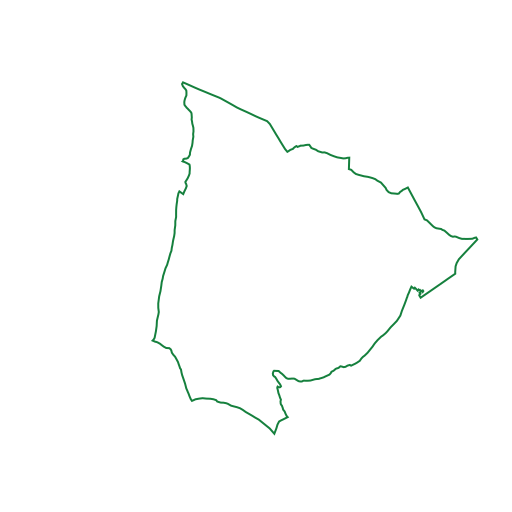 outline of Tlaquilpa, Veracruz, Mexico, rotated 219°
{"feature_id": "50627088B52599257884021", "entity_name": "Tlaquilpa", "entity_type": "district", "adm_level": 2, "iso_a3": "MEX", "parent_name": "Mexico", "parent_adm1": "Veracruz", "projection": "mercator", "projection_center": [-97.107, 18.613], "detail": "fine", "context": "isolated", "style": "outline", "palette": "green", "viewbox_px": 512, "rotation_deg": 219, "n_neighbors": 0, "source": "geoboundaries", "source_scale": "gbopen_adm2", "svg_char_len": 5587}
<svg xmlns="http://www.w3.org/2000/svg" viewBox="0 0 512 512"><g transform="rotate(219 256 256)"><path d="M94.4,408.1L96.6,408.9L97.5,407.8L98.7,405.6L100.8,403.7L103.2,401.7L106.8,398.9L109.4,397.8L112.6,396.9L113.9,396.2L115.1,394.9L117.0,394.2L119.2,394.0L122.5,394.2L125.6,394.3L127.6,393.6L129.1,393.5L131.7,392.0L133.3,391.1L135.2,390.6L136.8,390.5L139.2,390.7L142.1,391.0L145.6,391.3L148.1,390.5L155.3,394.0L162.2,396.9L167.8,399.2L174.7,402.1L181.1,404.8L182.4,401.9L183.5,399.8L183.7,398.3L184.3,396.5L184.3,394.4L185.2,393.3L187.1,392.1L188.7,391.0L190.3,389.9L193.1,389.1L196.1,389.5L198.1,390.5L201.6,391.1L205.1,391.7L209.1,390.9L211.6,390.8L214.4,389.9L216.5,389.0L218.9,387.9L222.3,385.9L225.0,384.7L227.2,383.7L230.0,382.6L232.8,382.5L236.2,382.9L238.5,382.0L242.6,387.4L245.4,391.1L246.7,389.9L247.9,388.3L249.5,386.8L251.9,385.5L254.9,383.8L258.1,382.6L261.8,381.4L265.6,380.6L267.3,379.9L267.7,379.8L268.0,379.6L269.7,378.1L270.5,377.8L273.7,376.5L276.2,376.3L279.2,375.3L281.0,374.8L282.4,375.3L284.6,375.9L285.9,374.9L287.3,373.4L288.7,371.6L290.9,369.7L291.1,369.1L292.4,366.9L293.7,366.9L294.0,366.3L294.3,365.4L294.7,363.6L294.7,362.5L296.1,360.1L296.7,358.0L297.2,356.7L300.7,357.4L305.9,359.2L309.3,360.4L312.5,361.6L317.1,363.2L321.7,364.9L328.3,367.3L332.2,367.8L340.5,365.4L344.2,364.4L349.7,363.1L354.1,362.0L360.1,360.4L364.3,359.4L368.8,358.7L374.1,357.8L382.6,356.3L384.6,355.8L392.4,353.4L399.2,351.4L404.8,349.7L409.8,348.3L413.6,347.3L418.1,346.1L422.0,345.0L421.8,344.0L421.7,343.1L420.8,342.6L419.6,341.9L418.5,341.7L417.2,341.4L416.1,341.3L414.4,340.8L413.3,339.7L412.0,338.1L411.1,336.9L410.8,335.7L410.5,334.6L409.9,333.0L409.3,331.7L408.6,330.5L406.8,328.5L405.5,328.1L403.9,327.8L403.3,327.6L401.7,327.5L400.5,327.3L398.6,327.1L396.6,326.7L395.6,326.0L394.6,324.9L393.1,323.3L391.9,321.5L390.5,320.4L388.7,318.7L387.0,317.5L385.3,316.2L383.0,313.5L381.6,311.2L379.7,309.2L378.0,306.1L376.5,303.9L375.0,301.3L373.9,298.3L372.4,294.9L371.1,293.1L370.8,291.4L370.6,289.4L371.3,288.0L372.1,287.2L372.9,286.5L373.3,285.4L372.9,284.6L372.3,284.0L372.5,283.4L372.0,283.5L370.7,284.1L368.1,284.7L365.3,285.2L364.7,284.8L363.8,283.9L362.7,282.7L361.6,281.2L360.5,279.6L359.5,278.3L358.8,276.4L358.0,273.3L357.5,269.1L356.8,268.5L355.6,268.0L353.9,266.8L353.1,264.5L352.3,261.0L351.5,258.3L356.2,258.0L355.7,255.8L354.9,254.3L353.1,250.7L352.0,249.3L350.3,246.4L348.7,243.9L347.1,241.6L344.8,238.7L342.6,236.0L340.7,232.4L338.0,229.0L335.6,225.0L333.7,222.6L332.1,219.9L330.7,217.0L329.9,215.4L327.9,212.0L326.6,209.4L325.0,206.8L324.2,204.2L323.0,201.4L321.6,198.3L320.5,195.5L319.5,193.2L318.6,189.5L317.5,186.8L316.7,184.8L315.6,182.0L314.3,179.7L312.9,176.5L310.9,173.3L308.1,168.5L305.9,163.8L302.1,157.6L299.3,154.2L296.3,151.3L295.1,149.2L294.0,146.9L292.3,143.4L289.1,139.0L286.4,134.5L283.3,128.6L283.0,126.7L283.1,125.2L280.2,126.0L279.9,126.3L278.2,126.9L275.4,127.4L273.4,127.4L270.7,127.5L267.9,128.0L265.4,129.8L263.6,129.8L262.4,129.3L260.5,127.9L258.1,127.2L255.5,126.8L253.0,125.8L249.9,124.5L248.2,123.4L245.4,121.7L244.4,121.0L242.9,120.6L240.5,118.5L238.5,117.0L234.8,114.7L230.7,112.1L226.8,109.2L225.0,108.3L223.4,107.4L221.8,106.6L219.3,105.1L216.6,103.7L214.6,103.1L213.6,105.0L212.9,106.5L210.5,109.3L208.0,111.9L204.9,113.9L201.7,116.3L198.9,117.9L196.2,118.9L194.6,118.5L193.0,119.1L191.1,119.9L189.0,121.5L186.6,122.8L184.9,123.4L181.2,124.0L178.5,125.2L175.7,126.5L172.7,127.6L169.4,128.1L165.8,128.3L162.1,128.9L158.2,129.5L154.9,129.9L150.9,130.6L145.7,130.6L136.8,130.6L129.9,129.4L131.7,134.9L133.2,138.5L133.9,141.9L133.0,144.2L132.3,145.6L130.0,150.7L131.6,151.0L133.8,152.0L135.9,153.2L138.2,153.7L139.7,154.8L141.7,156.0L143.1,156.3L143.9,156.8L145.5,158.5L146.2,160.0L148.3,161.1L150.2,162.4L152.3,163.6L154.1,165.1L155.4,166.1L156.4,166.8L156.8,167.4L157.0,168.1L156.2,168.2L155.1,168.7L154.6,169.4L154.6,170.5L156.5,171.4L160.5,172.4L163.1,173.4L165.0,174.0L166.1,173.8L167.7,174.1L169.0,175.3L169.6,176.8L169.8,177.3L169.7,178.2L168.7,178.9L166.0,180.9L165.3,180.8L163.1,180.7L161.8,180.8L159.1,180.6L158.0,180.4L155.5,180.2L154.0,180.7L153.5,181.0L152.0,182.3L151.1,183.2L150.4,183.8L149.5,184.5L148.7,184.9L146.5,185.2L144.8,185.4L143.7,185.7L142.1,186.7L141.3,187.5L140.7,188.9L140.3,189.3L138.5,190.6L137.1,191.8L135.3,193.5L132.7,197.2L131.7,198.3L130.4,199.5L129.7,200.2L129.4,200.9L129.0,201.4L128.3,202.4L127.0,204.4L126.4,205.8L125.7,207.2L124.3,210.0L124.2,211.3L124.2,212.2L124.5,213.5L123.7,215.2L123.3,216.6L123.1,218.3L122.5,219.5L122.2,219.8L121.4,221.1L121.2,222.5L121.0,223.4L119.7,224.1L117.9,224.8L116.7,226.2L115.9,228.4L114.5,230.4L114.3,230.4L113.1,230.6L111.1,234.8L110.3,236.9L109.6,239.2L109.4,239.6L109.6,242.7L109.4,245.1L109.3,245.3L108.9,246.9L108.4,250.9L108.4,259.3L108.5,259.9L108.7,262.5L108.7,264.0L108.6,265.7L108.6,266.9L108.0,271.9L107.8,272.8L107.5,273.5L107.0,275.9L106.7,277.6L106.5,280.1L106.5,280.3L106.5,284.5L106.4,286.7L106.3,287.1L105.7,294.0L105.7,294.4L106.3,300.5L108.1,305.2L108.8,307.5L110.0,311.4L111.5,315.9L112.5,318.6L112.6,319.2L113.4,321.0L114.1,323.8L115.0,326.6L115.1,327.0L115.2,327.3L115.9,330.0L114.4,330.0L112.6,330.1L112.6,331.3L110.5,331.1L108.6,330.8L108.6,331.6L108.6,332.1L107.8,331.9L107.4,332.8L105.6,332.6L105.3,333.2L105.0,333.8L104.9,333.7L104.6,334.2L103.9,334.0L103.8,332.9L105.1,333.2L105.4,332.6L105.7,330.3L104.4,330.1L104.5,328.3L104.2,328.1L101.8,327.2L98.7,337.7L96.1,346.6L93.6,355.2L92.5,359.1L90.0,367.6L91.1,368.9L94.4,373.6L95.6,376.8L96.3,381.2L95.7,390.2L94.4,408.1Z" fill="none" stroke="#15803d" stroke-width="2"/></g></svg>